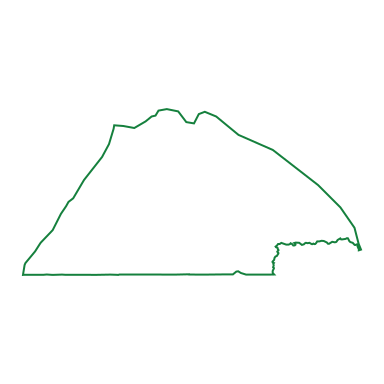 the district of Vallee-du-Ntem, Sud, Cameroon
{"feature_id": "32672807B18543980764744", "entity_name": "Vallee-du-Ntem", "entity_type": "district", "adm_level": 2, "iso_a3": "CMR", "parent_name": "Cameroon", "parent_adm1": "Sud", "projection": "robinson", "projection_center": [11.172, 2.512], "detail": "fine", "context": "isolated", "style": "outline", "palette": "green", "viewbox_px": 384, "rotation_deg": 0, "n_neighbors": 0, "source": "geoboundaries", "source_scale": "gbopen_adm2", "svg_char_len": 1998}
<svg xmlns="http://www.w3.org/2000/svg" viewBox="0 0 384 384"><path d="M151.6,116.5L145.6,121.4L134.3,128.0L123.3,126.0L114.2,125.3L113.6,128.8L109.0,144.1L102.8,155.6L102.2,156.8L84.0,180.0L73.2,198.3L68.5,201.9L66.1,206.2L61.9,212.4L60.9,213.9L52.7,230.1L40.7,242.7L39.5,244.5L35.1,251.4L25.4,263.1L24.6,265.0L23.4,272.3L23.0,274.9L23.9,274.8L35.2,274.8L43.5,274.8L46.7,274.5L52.5,274.9L61.7,274.6L62.3,274.6L65.3,274.8L68.8,274.8L89.4,274.8L93.7,274.9L110.4,274.6L116.6,274.8L118.4,274.9L119.4,274.5L125.7,274.5L143.7,274.5L170.8,274.6L175.3,274.6L188.9,274.3L188.9,274.5L197.7,274.6L205.5,274.6L224.8,274.4L232.9,274.4L236.3,271.6L238.2,271.3L240.9,273.0L246.1,274.6L250.6,274.6L269.1,274.6L274.1,274.5L272.9,273.2L272.6,272.0L272.8,270.6L273.9,268.5L273.8,267.8L273.1,267.2L273.3,266.6L273.7,265.5L273.3,263.7L273.9,263.0L272.6,262.3L272.5,261.7L274.1,259.9L274.6,257.7L275.5,256.5L276.8,256.0L278.4,253.5L278.3,252.8L277.7,252.5L277.3,251.6L278.5,250.2L278.3,249.6L277.9,249.3L277.5,247.8L276.0,247.2L275.6,246.6L276.9,245.6L278.1,244.0L279.7,244.0L281.3,242.9L286.2,244.6L288.6,244.6L290.3,243.9L290.6,243.3L292.0,244.0L293.3,245.5L294.7,245.4L295.5,244.7L295.3,244.0L294.3,243.0L295.7,242.6L299.2,242.8L301.9,244.9L303.9,244.3L304.9,243.3L305.9,242.8L307.7,243.2L309.4,242.8L310.8,243.6L311.7,244.1L312.6,244.1L313.3,243.6L314.4,244.1L315.2,244.0L316.1,243.1L317.2,241.4L319.3,241.4L321.6,240.8L323.8,241.0L326.9,242.5L327.9,243.7L329.0,243.8L332.2,241.8L334.7,242.3L335.9,242.1L336.5,241.7L337.6,240.0L340.3,238.4L341.1,239.4L342.3,239.4L345.6,238.9L346.9,238.2L347.9,238.3L349.4,241.2L350.4,242.1L352.7,242.8L354.6,244.9L355.4,245.0L356.7,244.4L357.6,244.3L357.8,245.2L357.5,246.3L358.3,248.2L358.8,248.4L358.8,250.3L359.5,250.1L361.0,249.6L358.6,243.7L354.5,227.8L340.4,207.4L318.1,185.1L272.9,150.0L238.5,134.9L216.2,116.5L204.8,111.8L198.8,114.1L194.0,123.4L186.3,122.1L178.2,111.4L166.8,109.1L158.5,110.6L155.5,115.6L151.6,116.5Z" fill="none" stroke="#15803d" stroke-width="2"/></svg>